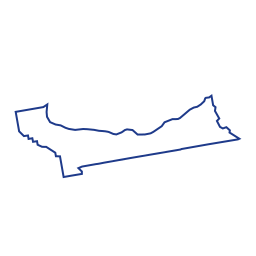 the district of Multnomah, Oregon, United States of America, rotated 350°
{"feature_id": "52423323B6223191641885", "entity_name": "Multnomah", "entity_type": "district", "adm_level": 2, "iso_a3": "USA", "parent_name": "United States of America", "parent_adm1": "Oregon", "projection": "equal_earth", "projection_center": [-122.428, 45.581], "detail": "fine", "context": "isolated", "style": "outline", "palette": "blue", "viewbox_px": 256, "rotation_deg": 350, "n_neighbors": 0, "source": "geoboundaries", "source_scale": "gbopen_adm2", "svg_char_len": 1333}
<svg xmlns="http://www.w3.org/2000/svg" viewBox="0 0 256 256"><g transform="rotate(350 128 128)"><path d="M56.1,165.1L57.1,165.1L58.1,165.1L63.6,165.1L74.6,165.2L75.0,162.8L72.2,158.9L76.0,158.0L83.8,158.0L84.7,158.0L90.2,158.0L92.1,158.1L94.2,158.1L98.2,158.0L126.2,158.0L176.1,158.3L176.9,158.0L204.0,158.0L234.3,158.3L235.8,157.9L227.2,150.1L227.9,148.0L225.0,144.3L221.3,144.9L218.8,142.9L216.8,136.5L219.5,134.5L216.6,126.3L217.8,122.7L215.8,120.4L215.8,110.7L213.2,112.0L210.0,111.8L209.2,112.2L207.7,114.9L204.6,116.9L203.9,117.4L199.9,119.1L196.3,119.3L192.0,120.7L180.9,127.2L178.8,127.8L176.1,127.5L175.5,127.4L173.3,127.0L165.0,128.7L161.5,132.1L152.3,136.2L149.6,137.1L148.9,137.2L143.4,137.3L136.3,136.1L132.1,130.8L126.8,129.2L124.5,129.5L122.7,130.4L120.9,131.2L115.4,132.3L112.5,131.3L108.4,128.6L107.5,128.2L105.0,127.3L102.5,126.6L98.9,125.7L94.2,123.9L93.8,123.8L87.7,122.1L86.8,121.9L83.6,121.2L75.6,120.7L69.5,118.6L66.4,116.9L62.1,113.7L57.3,112.0L52.6,108.9L52.3,108.7L50.2,102.9L50.6,98.1L52.6,90.8L48.3,92.7L20.2,92.6L20.2,112.4L24.1,117.9L28.2,118.0L28.2,121.5L32.0,121.5L32.1,125.1L36.1,125.2L36.1,128.8L40.1,131.6L44.2,132.4L48.2,136.1L52.1,139.7L52.1,143.3L56.1,144.1L56.1,146.3L56.1,147.0L56.1,150.6L56.1,151.0L56.1,156.4L56.1,163.8L56.1,165.1Z" fill="none" stroke="#1e3a8a" stroke-width="2"/></g></svg>